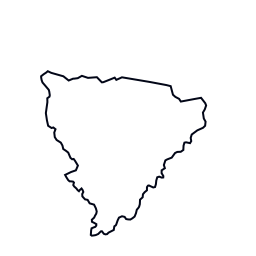 Bañado de Medina, Cerro Largo, Uruguay, rotated 64°
{"feature_id": "84410073B9174181273623", "entity_name": "Bañado de Medina", "entity_type": "district", "adm_level": 2, "iso_a3": "URY", "parent_name": "Uruguay", "parent_adm1": "Cerro Largo", "projection": "robinson", "projection_center": [-54.279, -32.336], "detail": "fine", "context": "isolated", "style": "outline", "palette": "ink", "viewbox_px": 256, "rotation_deg": 64, "n_neighbors": 0, "source": "geoboundaries", "source_scale": "gbopen_adm2", "svg_char_len": 2162}
<svg xmlns="http://www.w3.org/2000/svg" viewBox="0 0 256 256"><g transform="rotate(64 128 128)"><path d="M131.6,191.9L132.0,190.4L134.3,190.0L139.8,189.5L143.2,193.4L142.6,198.5L142.6,205.1L145.0,205.0L148.6,204.6L150.3,203.9L151.1,202.4L152.1,200.9L153.3,200.5L155.3,202.2L157.0,202.0L159.7,200.9L161.8,200.5L163.3,199.8L162.6,198.5L162.0,196.3L164.0,196.0L165.9,196.2L167.3,198.1L169.5,199.0L173.3,197.9L174.9,195.8L178.9,195.5L182.0,192.1L186.2,192.1L189.3,192.7L191.1,194.1L192.3,196.0L193.7,197.7L194.6,200.7L196.5,201.5L198.3,200.1L200.5,198.6L201.8,199.3L202.5,200.7L202.3,202.6L202.2,204.7L204.0,206.1L206.1,207.3L207.8,208.3L208.9,207.7L209.6,205.7L210.1,203.9L210.2,201.2L209.6,199.5L209.0,197.6L209.4,196.7L212.5,196.1L213.7,194.9L214.2,193.3L213.5,191.3L213.4,185.5L210.4,183.4L210.1,181.6L209.5,180.8L206.5,177.8L204.6,175.4L204.7,172.1L206.4,170.0L209.0,169.6L210.2,168.0L211.3,166.0L211.1,163.7L210.5,160.9L208.1,158.2L205.3,155.9L204.5,154.0L203.7,152.6L201.7,150.8L197.7,148.6L196.7,145.2L194.1,143.6L193.0,141.2L192.3,138.3L189.5,136.9L188.6,135.4L188.8,134.4L192.5,131.4L192.9,129.6L190.8,127.6L187.6,125.6L185.1,123.3L185.4,121.3L187.4,119.4L187.9,118.0L186.7,117.3L183.3,117.6L180.8,116.3L180.3,112.5L177.0,112.0L173.5,108.6L173.4,106.6L173.8,101.7L171.1,96.7L171.1,94.2L172.5,91.0L172.0,87.9L168.2,85.8L165.9,83.7L166.3,82.1L168.8,78.9L167.5,76.9L164.4,76.0L161.8,73.6L160.5,66.7L160.7,60.5L159.8,57.7L156.3,55.5L152.7,55.7L147.0,53.9L144.9,50.8L142.0,47.9L139.6,47.7L132.9,49.1L131.0,55.8L127.4,68.9L124.2,69.3L120.8,71.8L117.8,73.0L109.1,71.3L106.3,74.6L96.2,88.2L79.8,111.2L79.7,114.4L79.6,117.4L76.9,117.9L76.6,122.3L76.0,130.1L75.5,131.5L68.7,133.7L65.4,142.0L60.9,146.6L61.2,151.3L60.1,154.6L59.6,155.7L59.3,160.5L53.2,163.4L44.8,172.8L41.8,175.2L42.3,177.1L42.7,180.2L43.4,183.4L44.5,183.9L46.9,184.6L49.6,184.9L53.4,183.9L59.0,182.5L60.7,182.8L64.2,183.9L65.4,184.8L65.9,187.5L69.4,189.1L78.6,195.3L85.6,197.5L91.0,198.8L94.5,196.7L94.8,194.9L97.3,193.7L99.8,196.3L104.1,197.8L107.5,197.4L111.7,194.8L115.0,194.6L118.5,195.4L121.4,193.7L123.9,192.5L129.6,192.8L131.6,191.9Z" fill="none" stroke="#020617" stroke-width="2"/></g></svg>